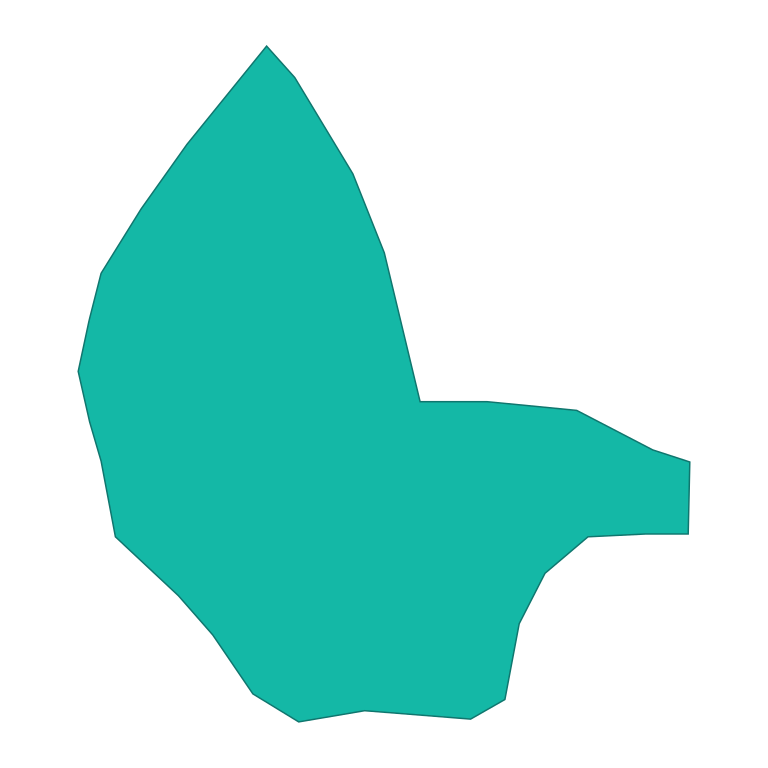 the district of Haeundae-gu, Busan, South Korea
{"feature_id": "91817680B8006777837161", "entity_name": "Haeundae-gu", "entity_type": "district", "adm_level": 2, "iso_a3": "KOR", "parent_name": "South Korea", "parent_adm1": "Busan", "projection": "robinson", "projection_center": [129.155, 35.197], "detail": "fine", "context": "isolated", "style": "filled", "palette": "teal", "viewbox_px": 768, "rotation_deg": 0, "n_neighbors": 0, "source": "geoboundaries", "source_scale": "gbopen_adm2", "svg_char_len": 521}
<svg xmlns="http://www.w3.org/2000/svg" viewBox="0 0 768 768"><path d="M266.6,46.1L187.0,144.3L141.2,208.8L101.1,273.3L89.7,318.1L88.8,321.9L78.2,371.4L89.6,421.8L101.1,461.1L113.0,524.0L115.4,536.8L178.4,595.7L206.7,628.0L212.8,635.0L252.9,693.9L298.7,721.9L364.6,710.7L470.6,719.1L504.9,699.5L519.2,623.7L545.0,573.3L588.0,536.8L645.2,534.0L688.2,534.0L689.8,462.0L652.7,449.9L576.7,410.4L487.2,401.7L420.1,401.7L384.3,252.8L352.9,173.9L294.8,77.6L266.6,46.1Z" fill="#14b8a6" stroke="#0f766e" stroke-width="1.5"/></svg>